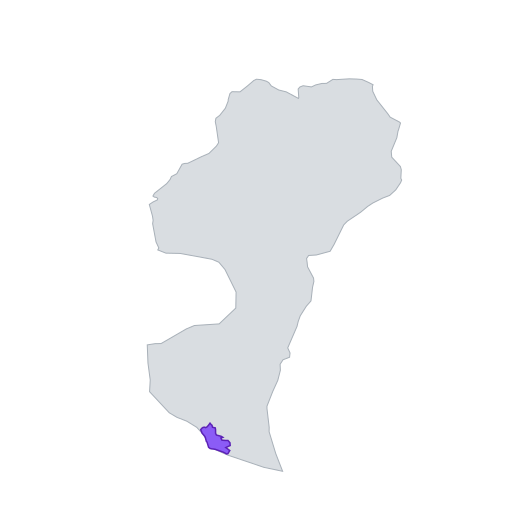 location of Pavilostas within Latvia, rotated 287°
{"feature_id": "LVA-5719", "entity_name": "Pavilostas", "entity_type": "Municipality", "adm_level": 1, "iso_a3": "LVA", "parent_name": "Latvia", "parent_adm1": "", "projection": "albers", "projection_center": [21.267, 56.804], "detail": "fine", "context": "in_parent", "style": "filled", "palette": "violet", "viewbox_px": 512, "rotation_deg": 287, "n_neighbors": 0, "source": "natural_earth", "source_scale": "10m", "svg_char_len": 2373}
<svg xmlns="http://www.w3.org/2000/svg" viewBox="0 0 512 512"><g transform="rotate(287 256 256)"><path d="M371.2,373.1L368.3,372.8L360.1,370.3L353.0,366.1L348.5,360.3L340.9,352.3L336.1,348.3L328.5,343.3L315.9,333.1L311.4,330.8L290.0,327.3L282.2,325.5L274.6,313.4L271.9,306.2L268.4,305.1L264.7,306.8L260.7,308.5L251.7,317.5L248.6,318.8L242.8,319.2L229.1,321.7L222.7,318.8L211.7,315.8L205.8,315.5L200.6,315.8L177.4,313.2L173.2,316.9L169.0,317.7L164.7,312.2L159.5,310.7L153.9,312.7L143.5,313.2L131.2,311.6L115.6,310.4L113.3,311.1L96.0,318.7L91.8,319.9L72.9,332.6L57.9,344.4L56.2,325.5L57.3,287.6L59.5,268.9L69.7,258.0L74.8,249.5L77.8,238.1L78.6,227.6L80.7,218.9L95.1,193.9L106.5,191.1L122.0,184.0L139.2,178.0L142.7,185.2L144.5,190.8L165.9,210.7L171.5,217.4L180.3,240.6L200.3,251.9L215.7,247.5L222.1,241.5L234.0,230.3L239.2,222.3L240.0,214.8L236.3,182.8L232.4,169.0L233.1,160.3L235.3,160.7L240.2,156.3L256.7,147.7L260.0,147.2L263.8,145.4L274.1,138.9L277.6,141.8L280.7,145.2L282.3,145.2L282.9,143.8L282.6,141.5L283.2,139.9L286.3,140.6L299.2,149.5L304.1,151.5L307.3,151.9L311.5,156.2L322.2,158.5L323.7,160.8L324.7,163.6L335.4,175.2L340.3,181.0L349.5,186.0L353.4,187.1L368.3,180.1L372.5,177.8L376.0,177.4L379.9,180.2L388.4,183.5L396.0,184.1L397.4,183.7L403.7,183.6L406.1,185.0L408.3,192.7L416.1,198.1L423.2,202.6L425.2,204.8L426.1,209.3L426.2,214.7L425.6,217.5L423.1,220.9L421.4,229.2L421.8,236.9L419.1,250.5L420.0,250.6L428.0,247.5L430.5,248.6L432.6,251.3L433.9,259.6L437.0,263.0L440.3,268.6L441.7,273.0L447.4,277.9L448.2,281.4L452.7,293.4L454.6,300.4L455.8,305.8L454.9,313.0L454.0,317.9L452.3,317.7L447.6,319.5L440.6,325.9L430.6,340.4L428.0,343.7L426.0,354.2L425.4,355.3L418.7,355.4L416.9,355.3L410.3,356.1L395.7,354.7L390.2,356.9L383.8,367.9L381.0,369.7L372.6,371.8L371.2,373.1Z" fill="#d9dde1" stroke="#a8b0b8" stroke-width="1"/><path d="M58.1,285.7L58.8,282.4L59.2,273.8L59.0,271.9L58.6,270.1L58.5,268.4L59.2,266.6L63.7,263.6L64.2,262.7L67.8,260.5L68.8,259.4L70.8,256.3L71.4,255.7L72.1,255.3L73.6,253.9L73.8,253.9L75.5,254.6L76.7,255.6L77.3,257.0L77.1,257.8L77.4,258.3L77.9,258.9L80.1,260.0L82.7,260.9L81.6,262.5L81.3,263.4L79.5,264.5L79.7,267.3L78.1,268.1L74.6,269.2L73.2,270.5L73.4,275.4L72.9,277.3L71.7,275.6L69.9,277.3L70.6,280.5L71.4,283.1L69.8,285.7L67.2,286.7L64.0,283.1L62.3,287.8L58.7,286.9L58.1,285.7Z" fill="#8b5cf6" stroke="#5b21b6" stroke-width="1.5"/></g></svg>